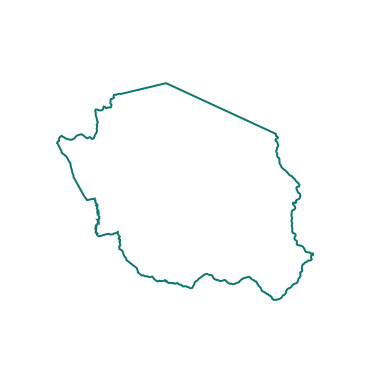 outline of Kompiam District, Enga, Papua New Guinea, rotated 37°
{"feature_id": "67681753B5987121192502", "entity_name": "Kompiam District", "entity_type": "district", "adm_level": 2, "iso_a3": "PNG", "parent_name": "Papua New Guinea", "parent_adm1": "Enga", "projection": "mercator", "projection_center": [143.976, -5.26], "detail": "fine", "context": "isolated", "style": "outline", "palette": "teal", "viewbox_px": 384, "rotation_deg": 37, "n_neighbors": 0, "source": "geoboundaries", "source_scale": "gbopen_adm2", "svg_char_len": 6071}
<svg xmlns="http://www.w3.org/2000/svg" viewBox="0 0 384 384"><g transform="rotate(37 192 192)"><path d="M105.8,120.7L76.0,156.7L75.0,157.2L73.5,159.0L72.9,160.0L71.8,160.7L71.2,161.5L71.8,162.9L72.9,163.5L72.7,164.7L72.0,165.8L71.3,166.3L71.5,167.5L72.5,168.7L73.4,170.4L75.1,170.7L75.9,172.0L76.2,173.3L73.9,175.3L73.1,176.7L71.2,176.4L70.1,176.8L70.4,178.0L71.0,178.9L71.0,180.8L70.1,181.7L68.9,182.5L68.0,182.9L66.4,183.3L65.4,184.1L65.8,185.5L67.1,186.3L69.0,188.7L69.9,189.4L71.3,190.2L73.2,192.3L74.5,192.6L75.1,193.7L75.3,195.6L76.6,196.2L77.7,198.7L78.9,199.8L79.7,201.1L80.1,202.8L80.2,205.3L80.7,206.1L81.2,208.3L80.4,209.8L78.8,209.6L77.2,209.8L76.3,211.9L74.9,212.4L71.6,212.2L70.0,212.3L68.5,212.7L66.1,216.3L65.9,217.6L65.9,219.3L65.7,220.3L64.8,222.1L63.7,223.3L60.7,224.7L59.0,225.2L54.0,225.7L53.6,227.1L53.5,228.6L53.9,230.0L54.7,230.5L55.1,231.2L54.5,232.6L54.8,234.1L55.9,234.3L61.7,237.3L63.1,237.8L64.1,239.0L65.6,239.1L67.7,239.1L69.2,239.3L70.6,239.2L73.5,240.6L74.7,241.3L76.0,241.8L77.3,242.0L80.1,244.8L83.4,247.3L84.7,248.5L87.1,249.8L88.3,251.3L108.4,260.2L113.0,261.6L118.2,255.9L118.4,256.5L119.9,256.7L120.2,257.6L121.0,258.0L121.7,258.8L122.5,258.7L123.2,259.2L124.1,259.2L124.2,259.3L123.6,259.6L123.6,260.1L124.2,260.2L123.9,260.6L124.9,260.8L125.8,261.4L125.7,262.2L127.5,263.1L128.3,263.1L128.8,264.1L128.3,264.4L129.0,264.8L128.9,265.5L129.5,265.5L129.8,266.0L130.2,265.2L130.6,265.9L130.6,266.5L131.5,267.2L132.9,267.4L133.2,268.5L134.0,269.1L133.8,269.8L134.2,270.3L133.1,271.1L133.9,271.3L134.5,272.2L135.8,272.2L136.3,273.0L135.8,272.9L135.9,273.4L135.4,274.0L135.9,275.1L135.4,276.3L136.2,276.8L135.9,277.6L136.7,278.2L136.8,279.2L137.5,278.8L137.6,279.8L138.1,280.0L138.8,280.9L139.0,282.0L140.0,281.8L140.2,282.3L141.0,282.2L140.7,282.7L141.7,283.3L144.0,283.6L145.2,282.4L148.5,277.9L150.7,275.5L151.9,275.4L153.0,274.6L154.4,273.1L154.7,272.2L156.3,269.9L156.8,268.6L158.2,270.3L161.3,271.3L161.2,272.9L161.6,273.5L163.2,273.3L164.0,274.5L163.8,275.2L166.9,277.7L166.6,279.3L167.8,280.5L168.2,281.2L171.0,280.8L173.4,281.8L174.7,283.0L176.2,283.9L177.9,284.2L179.5,284.7L180.3,285.8L193.8,286.0L195.0,287.0L196.4,287.7L197.1,288.8L202.1,288.9L203.4,287.7L205.0,287.6L207.4,286.1L209.3,285.7L210.3,284.4L211.3,283.4L214.4,284.3L216.1,284.4L218.3,284.1L218.9,283.2L219.8,282.3L220.9,281.9L223.0,279.9L223.4,278.6L224.8,278.5L224.4,279.2L225.0,279.2L225.9,278.8L227.3,278.8L228.5,278.6L229.2,277.5L230.8,277.0L231.3,276.2L233.3,275.7L234.1,274.9L234.2,274.6L235.3,273.5L237.1,273.6L238.1,273.3L239.0,272.7L241.2,272.9L242.4,272.3L244.1,270.7L245.3,270.7L246.8,270.0L247.9,270.1L248.8,269.7L249.4,269.1L249.9,268.3L249.6,266.9L249.4,264.9L249.2,264.0L248.7,263.1L248.6,261.8L249.0,260.6L249.6,259.2L249.5,258.3L249.6,257.0L249.8,256.4L250.5,254.9L251.0,252.6L251.2,252.3L251.5,250.9L252.2,249.5L252.8,248.8L253.6,248.3L255.1,248.0L255.8,247.8L257.5,246.7L258.0,246.6L258.9,246.8L261.0,247.9L262.4,247.9L264.4,247.5L265.4,246.8L267.1,246.5L268.3,246.0L269.6,244.7L270.5,243.2L270.9,242.8L271.5,242.4L275.3,242.9L276.3,242.8L277.1,242.6L278.3,241.6L279.8,241.4L281.0,240.3L283.1,236.7L283.6,236.1L283.9,235.3L283.8,234.1L284.0,232.9L284.4,231.5L284.7,231.0L284.8,230.1L287.2,227.3L287.6,226.2L288.4,225.6L289.2,225.3L291.0,225.4L292.1,225.7L293.0,225.7L294.3,225.2L296.1,225.4L296.6,225.3L297.0,224.9L297.4,224.9L298.0,225.2L299.1,225.9L300.0,226.0L300.7,226.2L301.2,226.7L301.9,226.9L303.9,227.0L304.4,227.1L306.3,228.2L306.8,228.7L307.3,228.9L308.2,228.8L309.7,228.4L309.8,228.5L312.0,228.3L312.8,228.4L313.9,227.9L314.3,227.9L315.3,228.3L315.8,228.3L316.3,227.8L317.0,227.8L318.7,228.0L320.3,228.9L322.3,228.9L324.0,227.5L325.0,226.4L326.6,224.0L327.1,222.5L326.8,220.0L327.6,218.6L327.8,217.2L327.8,216.3L327.6,215.4L326.9,214.5L326.7,213.5L326.7,211.9L327.1,210.9L328.0,209.7L328.3,208.3L328.3,206.0L328.7,204.3L329.2,203.4L330.0,202.5L330.5,201.2L330.5,200.8L330.1,199.8L330.1,199.1L329.9,198.4L329.2,197.2L329.2,196.3L329.5,195.3L329.5,194.4L329.3,194.0L328.5,193.2L328.2,192.4L327.4,191.8L326.9,191.3L327.0,190.5L327.5,189.8L327.5,189.0L327.3,188.4L327.1,188.0L325.5,186.6L324.2,184.1L324.2,183.1L324.6,182.0L324.6,180.7L325.0,179.8L325.7,178.9L325.8,177.6L326.2,176.7L326.8,176.1L327.4,175.8L327.9,175.1L328.2,173.9L327.7,173.3L326.4,172.7L325.6,171.7L325.5,170.9L326.4,170.0L326.3,168.8L325.9,168.5L325.4,168.4L324.5,169.3L324.2,169.5L323.3,169.5L322.8,169.3L322.1,169.5L321.1,170.4L320.5,170.6L319.4,171.2L318.2,171.1L315.8,169.8L314.1,169.0L312.7,169.0L311.9,169.2L310.5,169.8L310.0,169.9L308.8,170.6L307.8,170.8L307.1,170.7L306.7,170.3L306.3,169.2L305.0,168.0L302.6,168.1L302.1,167.8L301.7,167.4L301.1,165.8L301.0,164.4L300.3,163.6L299.3,163.4L297.3,164.0L296.5,163.7L295.8,163.3L294.1,160.7L291.9,158.9L291.3,157.4L291.1,156.9L290.5,156.3L289.2,155.6L288.7,155.1L288.4,154.5L288.1,153.2L287.7,152.6L287.2,152.1L285.9,151.4L283.6,147.8L283.3,146.9L283.3,146.2L284.1,144.8L284.3,143.8L284.2,142.7L283.5,142.0L282.9,141.6L280.1,140.9L279.6,140.5L279.3,140.1L279.3,139.6L279.9,139.0L280.5,139.0L281.1,138.6L281.5,138.0L281.5,137.6L280.3,136.4L280.3,135.5L280.7,134.7L281.3,133.9L281.7,133.0L281.7,132.3L281.3,131.1L281.3,130.6L280.7,129.7L279.8,128.9L279.0,128.6L277.3,128.6L276.6,128.3L273.6,126.6L273.0,126.1L272.8,125.4L272.8,124.7L273.3,124.0L273.9,123.5L274.1,123.1L274.1,122.6L273.4,121.6L272.4,121.2L271.7,121.1L271.5,120.9L270.6,121.0L270.2,120.8L268.4,120.7L266.5,119.9L264.9,119.9L262.8,119.3L261.9,119.3L260.6,119.7L259.1,119.7L258.2,119.3L257.1,119.3L255.6,118.8L254.7,118.9L253.4,118.6L251.1,118.7L248.7,118.3L246.5,117.1L245.9,117.0L244.3,116.1L243.7,115.4L243.3,114.6L241.3,112.5L240.6,112.5L239.6,112.7L238.7,112.2L237.8,111.5L237.1,110.2L236.7,109.8L235.5,109.4L234.8,108.8L234.3,107.9L234.3,107.5L233.9,106.4L233.6,106.1L233.2,105.1L233.2,104.5L233.0,103.4L232.6,102.8L232.0,102.2L230.9,101.6L230.4,101.1L229.6,100.7L227.9,100.8L227.5,100.4L227.2,100.0L227.1,99.2L228.0,97.5L228.0,97.2L227.2,96.4L225.4,96.6L224.3,95.7L224.1,95.1L105.8,120.7Z" fill="none" stroke="#0f766e" stroke-width="2"/></g></svg>